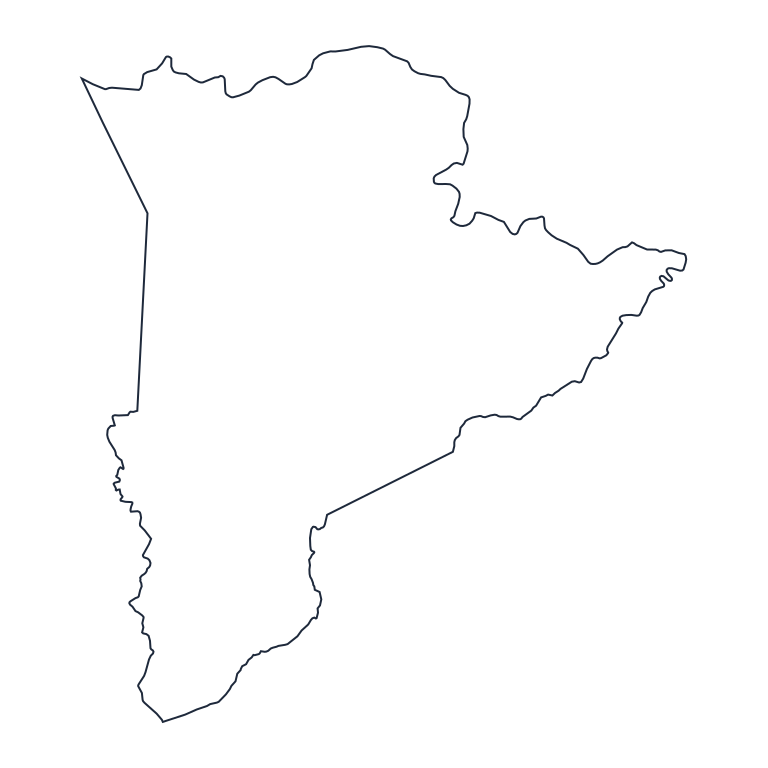 Alauca, El Paraíso, Honduras, rotated 90°
{"feature_id": "27666195B40096098220117", "entity_name": "Alauca", "entity_type": "district", "adm_level": 2, "iso_a3": "HND", "parent_name": "Honduras", "parent_adm1": "El Paraíso", "projection": "orthographic", "projection_center": [-86.676, 13.853], "detail": "fine", "context": "isolated", "style": "outline", "palette": "slate", "viewbox_px": 768, "rotation_deg": 90, "n_neighbors": 0, "source": "geoboundaries", "source_scale": "gbopen_adm2", "svg_char_len": 6054}
<svg xmlns="http://www.w3.org/2000/svg" viewBox="0 0 768 768"><g transform="rotate(90 384 384)"><path d="M77.1,326.8L75.8,336.9L74.4,343.3L73.9,347.5L73.2,349.9L71.3,353.5L69.5,356.0L66.9,357.7L62.8,359.4L61.3,360.9L56.1,375.0L54.0,378.0L49.7,382.9L48.6,384.9L47.2,390.7L46.1,398.9L46.8,406.9L49.9,420.3L51.5,432.7L51.4,437.7L53.3,444.9L55.3,448.8L59.9,454.1L64.1,455.5L68.3,456.4L76.0,461.7L77.1,463.0L82.0,470.8L84.0,476.1L84.4,478.8L84.3,481.1L83.8,482.5L79.0,489.4L77.3,492.5L76.8,494.9L77.2,497.9L80.2,505.6L82.6,510.1L84.5,512.4L90.2,517.2L91.7,519.1L95.6,528.7L97.3,535.0L97.2,536.6L96.3,538.5L94.4,541.4L93.3,542.2L91.3,542.7L79.2,543.3L77.7,543.9L76.3,545.3L75.9,547.5L77.2,549.7L77.5,553.2L82.4,565.1L82.5,567.1L81.9,569.3L79.6,574.0L74.0,581.8L73.3,589.1L72.4,592.5L71.5,594.2L69.9,595.3L66.6,596.7L58.5,596.7L57.2,598.1L56.5,599.9L56.6,601.3L57.1,602.1L63.4,605.9L69.4,611.4L72.1,620.8L74.1,624.1L75.1,624.7L85.2,626.2L88.5,627.5L89.9,629.2L87.7,656.0L88.0,658.8L89.1,661.9L89.1,663.2L84.2,675.2L78.5,686.2L122.6,665.2L213.3,620.5L410.8,630.7L411.9,634.7L411.7,637.6L412.4,638.4L415.1,640.1L415.5,649.5L415.2,653.1L415.8,654.9L416.6,655.4L417.9,655.4L425.4,653.2L425.7,654.0L426.0,657.3L428.6,659.7L430.3,660.4L434.9,660.8L437.8,660.2L441.7,658.6L450.1,653.3L452.5,652.4L455.3,652.0L458.4,649.1L460.3,646.5L467.9,644.4L468.7,644.5L469.0,644.9L467.3,647.5L467.7,648.2L470.0,649.7L474.8,650.7L476.1,651.8L476.9,651.5L478.6,648.6L480.0,648.1L481.6,648.7L482.7,653.2L483.6,654.3L484.2,654.3L488.4,652.1L490.0,652.2L490.5,651.6L489.6,649.6L489.5,648.3L494.0,647.5L496.5,645.5L497.2,645.7L499.3,647.4L500.1,647.5L500.7,647.2L501.8,642.6L502.1,636.7L502.5,635.7L503.6,635.6L506.5,636.8L509.1,637.4L510.7,637.5L511.7,637.0L511.2,630.5L511.7,629.1L512.5,628.1L514.2,627.5L517.8,626.9L523.8,628.1L525.7,627.9L530.4,623.3L538.8,616.9L544.2,619.0L555.1,625.1L556.2,624.9L557.3,624.1L558.6,620.3L560.2,618.6L563.0,617.5L565.5,617.9L567.1,618.8L568.8,620.8L571.2,621.4L572.8,622.4L574.0,623.7L575.7,626.3L577.7,627.8L579.7,627.5L580.9,627.8L583.3,626.7L586.4,626.3L590.0,627.8L596.4,629.3L597.3,630.2L598.1,632.5L601.2,637.4L602.1,638.4L603.1,638.7L604.6,638.0L606.7,635.5L611.1,632.5L612.3,629.9L615.4,625.8L616.9,624.5L617.7,624.4L623.3,625.7L627.3,624.6L632.4,625.9L633.4,624.8L634.1,621.6L635.8,619.4L640.8,618.0L648.2,617.5L649.3,616.8L650.5,615.1L651.7,614.5L653.5,615.0L655.7,617.2L659.5,619.0L672.2,622.5L675.9,623.9L684.1,629.2L685.3,629.8L686.2,629.8L693.0,626.1L699.8,625.4L701.2,624.9L702.8,623.5L713.7,611.3L719.8,606.1L721.9,605.2L714.6,582.8L709.5,571.3L706.0,561.0L704.1,557.8L702.6,551.1L701.8,549.3L694.4,542.1L689.0,538.1L685.9,536.6L681.3,532.5L673.7,530.7L670.1,527.4L669.0,527.2L666.2,525.8L664.2,521.9L659.9,519.5L657.4,516.3L654.9,514.6L655.2,513.4L654.1,509.2L653.4,508.3L651.2,507.1L651.8,503.3L651.6,501.7L650.8,499.8L648.5,497.2L647.7,495.2L646.7,491.4L645.9,489.6L644.8,482.8L644.1,480.4L636.2,470.5L630.5,466.4L624.5,459.8L620.0,457.1L618.3,455.6L617.6,453.7L618.5,452.1L618.1,451.4L612.7,450.0L608.4,450.4L605.4,448.0L599.4,446.7L592.0,448.4L589.8,453.2L586.4,453.7L585.0,454.7L582.9,455.0L579.2,456.4L576.8,457.8L574.0,458.4L569.4,458.6L565.2,458.0L559.8,458.9L557.2,457.1L555.1,456.2L553.1,454.1L552.2,453.7L551.7,454.0L551.1,455.9L549.7,457.2L546.0,457.7L538.0,458.0L529.2,456.7L526.9,455.1L526.7,454.5L527.1,452.5L529.2,450.7L529.4,449.8L529.1,448.2L527.9,446.7L527.5,445.2L526.4,444.0L524.3,443.1L514.8,440.9L451.8,315.1L446.1,313.7L442.2,313.7L440.1,313.2L438.1,311.9L436.3,309.5L434.9,308.5L427.8,307.5L423.6,303.9L421.2,302.6L419.7,300.4L417.5,295.5L416.0,288.5L416.1,287.0L417.0,284.9L417.2,282.8L415.4,277.3L414.7,273.3L415.0,271.4L416.1,269.6L416.7,267.5L416.6,257.8L417.3,255.0L419.0,251.0L419.3,249.2L419.2,247.7L418.6,246.7L417.0,245.5L410.6,236.7L407.6,234.6L405.7,231.9L397.4,226.9L395.9,222.3L394.6,219.9L395.5,215.6L393.0,213.0L390.7,209.4L388.9,207.5L381.7,196.2L381.2,193.2L382.5,188.9L382.0,186.9L378.6,184.8L369.0,181.1L361.0,177.0L359.2,175.8L358.1,174.4L357.7,172.9L357.7,170.5L358.4,168.3L358.1,166.9L355.3,161.7L353.2,160.0L352.6,159.8L351.2,160.6L349.4,161.0L346.7,160.3L333.4,152.0L328.6,149.6L323.3,145.9L322.6,145.8L321.5,147.1L319.3,148.2L318.0,148.2L316.9,147.6L315.7,145.5L315.1,141.8L314.9,136.7L315.7,131.2L315.5,129.5L314.9,128.5L312.3,126.9L308.1,125.3L302.0,121.7L296.6,119.8L292.8,117.7L291.0,115.8L289.4,113.2L286.8,104.7L286.3,104.1L285.0,103.8L283.6,104.2L281.0,106.7L278.9,108.1L277.5,108.2L276.6,107.8L275.9,106.5L276.3,104.5L280.2,99.9L280.7,98.9L280.9,97.2L280.2,96.2L279.0,96.0L277.7,96.5L274.3,99.7L271.7,101.3L270.1,101.4L268.7,100.4L268.2,99.1L268.3,96.0L270.7,87.9L270.5,85.7L269.5,84.5L262.8,82.4L259.3,81.8L256.1,82.3L254.1,83.5L253.0,89.1L250.3,96.4L250.4,102.7L251.9,107.0L251.5,108.6L250.3,110.1L249.6,112.2L249.5,121.0L245.1,131.5L243.2,134.0L242.4,136.0L246.4,140.5L247.1,142.7L247.2,145.4L249.6,151.0L256.3,160.4L260.6,165.3L262.4,168.1L263.4,170.4L263.9,172.6L264.0,175.1L263.7,177.4L261.8,179.8L255.0,184.6L248.7,190.1L244.9,198.0L242.8,201.5L238.7,211.2L235.3,216.4L232.3,219.8L230.1,221.9L228.3,223.0L225.5,223.5L218.4,224.0L217.3,224.6L216.7,225.7L216.7,227.1L218.5,231.7L218.9,238.7L220.5,242.6L222.1,244.6L226.1,247.6L232.8,250.5L233.9,251.7L234.4,253.2L233.9,255.4L232.0,257.8L221.9,264.1L219.9,269.6L216.0,277.0L212.7,288.3L212.6,291.0L213.1,292.7L218.3,294.3L220.7,295.8L223.7,298.5L225.3,301.7L226.0,305.0L225.8,308.0L224.5,311.5L222.2,315.2L220.4,317.0L219.4,317.2L218.3,316.5L217.2,314.6L215.8,313.6L211.2,312.6L203.8,309.8L197.0,308.3L193.9,308.4L191.9,309.0L188.6,311.6L185.6,315.5L184.3,317.9L184.0,322.1L184.1,329.6L183.5,332.7L182.9,333.5L181.8,334.1L178.3,334.3L176.5,333.5L174.9,331.8L169.6,321.8L167.8,319.2L165.1,316.5L163.5,314.2L162.9,311.1L164.7,305.4L163.7,304.4L151.3,300.5L148.6,300.3L145.0,300.7L136.9,304.3L129.2,304.6L122.9,303.9L119.3,301.8L116.2,300.8L103.7,298.5L99.4,298.4L97.2,299.1L95.8,300.4L94.9,302.3L92.8,309.0L88.8,315.2L85.9,318.3L80.0,322.7L78.1,324.7L77.1,326.8Z" fill="none" stroke="#1e293b" stroke-width="2"/></g></svg>